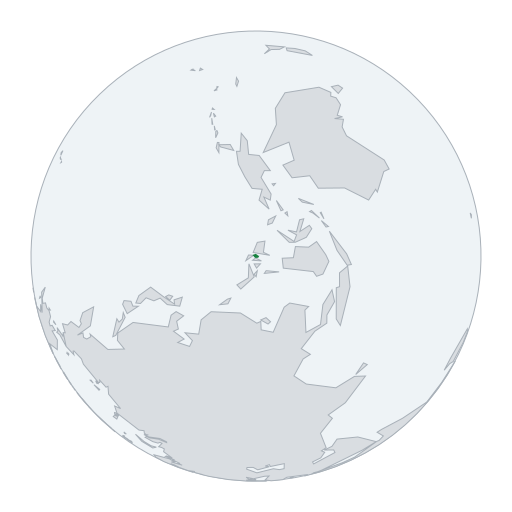 globe centered on Bohol, rotated 226°
{"feature_id": "PHL-2513", "entity_name": "Bohol", "entity_type": "Province", "adm_level": 1, "iso_a3": "PHL", "parent_name": "Philippines", "parent_adm1": "", "projection": "orthographic", "projection_center": [124.255, 9.856], "detail": "fine", "context": "on_globe", "style": "filled", "palette": "green", "viewbox_px": 512, "rotation_deg": 226, "n_neighbors": 0, "source": "natural_earth", "source_scale": "10m", "svg_char_len": 9260}
<svg xmlns="http://www.w3.org/2000/svg" viewBox="0 0 512 512"><g transform="rotate(226 256 256)"><circle cx="256" cy="256" r="225" fill="#eef3f6" stroke="#a8b0b8"/><path d="M434.9,338.3L434.7,339.8L434.5,340.0L434.9,338.3ZM380.1,68.0L372.5,63.4L365.6,62.5L370.9,67.5L363.8,62.9L378.9,76.7L380.0,82.8L374.2,73.0L370.0,69.8L368.5,72.0L363.9,69.4L360.5,69.2L355.1,66.1L352.2,61.3L348.7,59.4L347.8,61.2L341.8,59.8L343.7,57.3L333.6,54.8L326.7,48.0L336.1,46.7L327.7,42.9L326.7,42.1L345.3,49.2L363.1,57.8L380.1,68.0ZM465.9,190.3L464.0,185.5L465.7,187.6L465.9,190.3ZM462.5,183.2L463.3,184.7L462.6,183.6L462.5,183.2ZM461.8,182.8L462.3,183.1L461.9,183.3L461.8,182.8ZM461.0,183.0L461.3,182.7L461.4,183.0L461.0,183.0ZM459.1,181.8L458.5,181.3L458.7,180.5L459.1,181.8ZM388.1,73.5L385.7,71.8L384.2,70.8L388.1,73.5ZM375.7,72.1L376.0,70.9L377.3,73.1L375.7,72.1ZM361.0,69.7L362.3,71.0L360.0,70.5L361.0,69.7ZM349.7,65.3L345.5,64.3L349.2,64.5L349.7,65.3ZM342.7,63.2L332.6,61.5L334.8,64.1L322.8,56.6L335.4,60.1L339.7,59.7L339.6,61.4L342.7,63.2ZM319.5,39.9L319.9,40.0L311.7,37.8L310.0,37.3L319.5,39.9ZM317.9,53.1L315.0,52.3L317.5,52.3L317.9,53.1ZM324.0,41.4L322.0,41.0L314.8,39.0L313.0,38.6L311.4,37.7L324.0,41.4ZM306.4,36.5L303.9,35.9L306.7,36.8L301.5,35.6L301.3,35.4L299.2,35.0L297.5,34.7L299.2,34.9L306.4,36.5ZM295.4,34.2L294.8,34.1L291.1,33.5L295.4,34.2ZM297.9,35.1L306.0,36.9L305.8,36.9L297.9,35.1ZM286.4,32.8L287.0,32.9L285.7,32.7L286.4,32.8ZM294.0,34.2L296.9,34.7L296.5,34.7L294.0,34.2ZM285.6,32.8L285.0,32.6L287.5,32.9L285.6,32.8ZM289.1,33.3L287.9,33.3L288.7,33.2L290.5,33.5L289.1,33.3ZM293.1,34.1L293.9,34.3L292.0,33.9L293.1,34.1ZM276.4,31.9L276.9,31.7L282.4,32.3L281.2,32.3L276.4,31.9ZM64.1,138.0L63.5,139.0L62.8,141.5L75.4,124.5L76.5,119.9L83.8,110.7L88.6,107.1L88.7,112.5L91.6,109.2L97.5,99.5L103.7,95.2L100.3,95.9L97.1,99.7L94.9,100.6L97.7,97.3L99.8,95.7L101.5,93.2L91.2,102.6L86.9,107.5L87.1,106.9L100.2,93.3L114.4,80.8L129.6,69.5L130.7,68.8L137.6,64.4L135.3,66.1L142.7,61.6L143.9,62.0L148.6,58.2L156.9,54.1L162.3,52.2L165.9,50.4L157.0,53.7L152.8,55.8L147.7,58.5L143.7,60.7L157.7,53.3L172.2,46.9L180.9,44.2L183.8,44.6L170.2,52.8L164.6,54.4L166.7,52.0L156.8,57.6L161.4,55.4L159.5,57.2L166.9,54.6L165.9,55.8L174.8,51.6L174.3,52.8L168.8,55.4L179.4,53.6L180.9,56.0L183.8,55.1L186.4,53.5L186.5,58.2L188.7,57.4L189.5,55.5L194.2,52.8L202.6,50.3L202.2,52.0L199.1,53.1L192.0,58.6L183.8,62.1L184.4,62.6L191.5,60.1L200.2,53.3L205.4,51.3L202.0,54.3L203.6,53.0L206.1,52.6L208.1,54.1L212.1,50.9L239.7,46.9L246.3,50.1L240.3,52.6L259.0,54.0L265.1,59.0L265.8,57.0L275.3,57.3L273.5,55.7L274.5,54.8L298.1,56.7L303.3,59.0L314.2,59.1L314.6,58.3L311.4,56.4L322.8,56.6L334.8,64.1L333.3,65.4L341.7,69.8L337.2,72.6L337.4,77.4L327.6,79.0L328.6,83.3L331.8,84.6L335.6,92.0L332.2,103.9L320.8,88.3L323.1,72.6L320.9,78.1L317.2,75.4L313.8,76.6L312.7,81.1L315.1,82.4L291.7,84.5L280.5,96.7L291.6,97.7L296.6,103.1L293.6,121.4L265.9,143.6L272.4,153.8L271.5,159.9L263.2,162.4L264.2,153.6L257.4,149.4L259.2,144.4L246.2,146.6L248.2,139.6L237.1,145.4L239.3,151.5L250.1,151.6L239.6,160.5L248.2,172.2L247.1,185.0L225.8,205.2L207.1,209.9L205.6,214.0L199.3,208.4L189.2,215.4L199.6,240.7L198.7,247.6L183.1,258.8L183.1,253.6L166.3,238.8L161.9,254.8L174.6,270.4L178.9,287.2L168.6,280.8L164.3,266.0L158.5,260.3L161.0,246.1L157.9,224.2L147.5,226.8L149.2,218.4L143.4,200.0L129.0,203.2L105.7,221.9L101.0,243.2L93.6,251.4L88.4,218.3L91.5,197.5L86.2,198.2L83.7,179.2L69.4,173.3L70.4,167.7L67.1,169.1L65.8,162.4L68.6,153.6L66.4,153.0L59.8,176.3L62.5,177.2L69.0,170.3L66.3,178.4L68.0,187.1L55.1,203.5L39.0,213.5L42.6,197.3L57.2,151.8L59.7,147.6L59.9,147.1L60.4,146.2L56.4,152.8L60.7,144.5L47.3,174.5L42.8,187.2L38.7,214.3L37.8,216.4L38.1,222.6L45.1,220.7L44.0,226.0L37.5,248.6L32.3,277.4L36.0,301.6L40.7,321.3L42.0,326.5L37.5,310.8L34.1,294.8L31.9,278.7L30.8,262.4L30.9,246.1L32.2,229.8L34.7,213.7L38.4,197.8L43.2,182.2L49.1,166.9L56.1,152.2L64.1,138.0ZM83.5,128.5L87.0,132.1L94.6,120.1L96.6,120.7L98.5,116.7L95.2,119.2L101.0,108.7L105.9,107.1L110.1,102.6L109.2,101.2L99.4,106.0L90.9,120.7L86.1,124.4L83.5,128.5ZM264.0,30.9L258.5,30.9L249.6,30.9L251.5,31.0L247.2,31.4L239.7,31.8L243.6,31.3L232.5,32.4L233.6,32.0L232.2,32.1L230.1,32.2L227.4,32.5L245.7,31.0L264.0,30.9ZM280.1,32.0L276.4,31.7L275.8,31.7L272.4,31.4L274.6,31.9L263.8,31.2L259.1,31.0L270.5,31.2L280.1,32.0ZM206.9,37.3L209.9,36.5L210.9,36.4L219.0,34.9L218.8,35.4L213.9,36.5L206.9,37.3ZM73.0,126.7L70.5,129.3L71.8,127.3L72.4,126.7L73.0,126.7ZM208.1,37.6L211.4,36.9L209.3,37.7L208.1,37.6ZM219.1,35.8L217.4,36.6L219.7,35.3L219.1,35.8ZM133.5,437.1L138.2,440.0L136.1,439.6L133.5,437.1ZM47.3,324.7L56.8,357.4L54.8,355.7L49.8,344.9L43.1,324.5L44.0,320.6L43.1,312.0L47.3,324.7ZM235.5,330.7L242.5,332.3L242.3,333.3L235.5,330.7ZM228.2,326.5L236.1,327.6L226.9,328.6L228.2,326.5ZM239.2,328.0L247.3,326.8L250.7,325.4L250.2,327.5L239.2,328.0ZM222.9,326.0L194.6,322.7L183.6,318.7L186.0,315.2L203.8,318.2L222.9,326.0ZM185.1,315.0L168.6,302.3L147.4,268.4L155.0,270.0L177.4,291.7L175.9,294.8L185.9,304.4L185.1,315.0ZM225.8,300.0L224.3,309.6L208.5,307.1L201.5,304.7L196.5,291.6L199.3,285.5L205.0,286.4L228.3,267.2L236.2,273.3L228.8,281.7L235.4,290.9L225.8,300.0ZM101.5,245.4L104.4,259.1L100.6,260.6L101.5,245.4ZM238.4,253.1L228.5,261.6L237.7,249.9L238.4,253.1ZM244.2,241.9L244.5,246.7L241.0,241.7L244.2,241.9ZM204.7,220.4L198.6,220.8L198.7,217.4L206.7,215.0L204.7,220.4ZM246.2,196.0L244.8,205.5L243.2,208.7L241.1,202.6L246.2,196.0ZM211.5,45.5L200.4,46.6L192.4,48.7L187.7,51.5L189.6,48.4L202.0,45.1L211.5,45.5ZM236.2,46.3L240.3,44.5L241.7,45.5L241.0,46.0L236.2,46.3ZM236.4,45.0L235.4,42.6L239.7,41.8L239.7,43.8L236.4,45.0ZM221.2,38.8L218.0,39.0L219.8,38.2L221.2,38.8ZM382.1,421.0L384.7,422.3L378.3,428.1L369.4,433.9L361.1,435.9L382.1,421.0ZM316.6,434.9L315.8,428.1L325.4,427.9L321.9,433.7L316.6,434.9ZM388.3,416.5L394.0,410.3L395.7,402.5L395.6,409.5L400.7,409.5L386.7,421.7L388.3,416.5ZM279.6,404.6L236.0,414.9L226.1,412.2L228.0,406.6L217.7,387.7L220.9,388.4L218.0,375.9L243.4,367.0L261.5,347.9L276.4,350.4L287.2,336.3L302.7,338.5L298.4,350.0L315.0,358.8L325.4,333.1L336.3,361.9L348.8,372.5L353.3,390.2L333.7,418.5L321.7,423.5L319.1,420.8L314.2,423.5L306.1,421.9L300.8,412.2L296.0,414.9L300.3,408.0L293.6,413.9L289.0,407.6L279.6,404.6ZM391.3,360.1L393.8,360.9L397.9,365.9L393.9,364.9L391.3,360.1ZM428.6,344.2L429.8,346.5L427.2,347.2L428.6,344.2ZM434.5,340.0L431.4,341.1L434.9,338.3L434.5,340.0ZM403.7,343.9L405.0,345.7L404.0,346.3L403.7,343.9ZM402.6,343.3L404.0,340.5L403.9,343.3L402.6,343.3ZM390.5,327.7L392.0,326.3L392.7,327.5L390.5,327.7ZM252.9,333.4L262.6,326.7L268.0,326.5L252.9,333.4ZM388.3,324.6L384.6,324.2L385.0,322.7L388.3,324.6ZM388.5,321.0L388.0,318.9L390.5,324.0L388.5,321.0ZM381.3,315.9L385.9,319.9L380.8,316.4L381.3,315.9ZM378.6,316.4L375.3,314.5L375.5,313.9L378.6,316.4ZM342.4,317.3L354.6,330.7L345.0,329.8L334.2,321.3L326.1,328.1L307.5,325.6L311.6,321.3L309.0,314.2L290.1,309.9L286.3,305.1L292.9,302.6L280.6,298.0L294.1,297.0L299.7,306.8L307.4,300.1L320.8,303.0L334.1,307.0L344.9,314.7L342.4,317.3ZM294.3,317.5L296.7,317.7L294.7,320.4L294.3,317.5ZM369.1,309.1L373.8,313.9L373.3,315.0L371.0,314.1L369.1,309.1ZM347.4,313.3L359.0,306.3L361.8,306.6L354.1,314.9L347.4,313.3ZM356.1,301.1L361.5,302.5L364.5,307.1L363.4,308.2L356.1,301.1ZM266.8,306.6L266.3,309.1L262.8,306.8L266.8,306.6ZM271.2,305.4L281.8,309.2L270.3,307.6L271.2,305.4ZM240.0,293.5L243.0,299.9L252.4,296.9L245.2,301.9L251.8,312.5L249.6,316.2L243.1,304.6L241.0,315.7L236.9,315.1L234.5,305.2L238.6,293.8L242.8,289.4L259.9,289.0L240.0,293.5ZM271.1,298.0L268.4,290.6L270.4,286.0L273.4,290.1L271.1,298.0ZM260.5,272.8L253.5,263.9L246.9,266.4L260.5,256.4L264.9,266.4L260.5,272.8ZM254.9,254.3L248.7,256.5L255.3,250.6L254.9,254.3ZM247.3,253.7L246.9,248.0L251.6,249.2L247.3,253.7ZM258.1,254.9L259.7,245.5L261.9,251.3L258.1,254.9ZM245.6,235.3L255.3,245.5L242.2,240.2L242.8,222.1L248.5,222.2L245.6,235.3ZM284.9,168.1L284.1,163.3L289.6,162.8L288.6,166.2L284.9,168.1ZM306.8,158.6L290.8,161.2L277.9,164.0L281.4,166.6L277.6,174.4L272.9,166.3L282.7,158.4L292.3,157.8L294.7,151.4L302.3,147.9L302.1,139.9L305.7,136.9L308.9,144.3L306.8,158.6ZM301.6,136.5L304.0,123.3L313.9,126.5L315.6,130.1L310.3,134.6L305.4,132.6L301.6,136.5ZM307.5,121.2L302.8,119.3L296.3,100.0L297.4,96.9L307.5,112.3L303.6,111.5L303.5,116.0L307.5,121.2ZM315.4,53.3L315.0,52.4L317.1,53.5L315.4,53.3ZM273.3,54.0L275.2,53.0L277.6,54.0L273.3,54.0ZM281.4,51.1L277.5,50.6L281.9,50.4L281.4,51.1ZM268.5,49.8L276.0,50.0L268.6,50.9L268.5,49.8Z" fill="#d9dde1" stroke="#a8b0b8" stroke-width="1"/><path d="M257.2,255.9L257.1,256.0L257.4,256.2L257.3,256.4L257.3,256.5L257.2,256.5L257.0,256.4L256.9,256.3L256.8,256.5L256.7,256.5L256.6,256.8L256.3,256.9L256.2,257.0L255.9,257.0L255.3,257.0L254.8,256.9L254.6,256.9L254.5,256.7L254.4,256.5L254.2,256.4L254.3,256.2L254.5,255.9L254.7,255.7L254.9,255.6L255.1,255.6L255.3,255.4L255.3,255.2L255.5,255.2L255.6,254.9L255.9,254.8L256.0,254.8L256.3,254.8L256.4,255.0L256.5,254.9L256.6,255.0L256.9,255.2L257.0,255.2L257.2,255.3L257.3,255.3L257.3,255.5L257.2,255.5L257.2,255.8L257.3,255.8L257.2,255.9ZM254.4,256.8L254.5,256.9L254.5,257.0L254.4,257.0L254.2,257.2L254.1,256.9L254.3,256.8L254.4,256.8ZM257.4,254.9L257.3,255.0L257.2,255.1L257.1,254.9L257.3,254.9L257.4,254.9Z" fill="#22c55e" stroke="#15803d" stroke-width="1.5"/></g></svg>